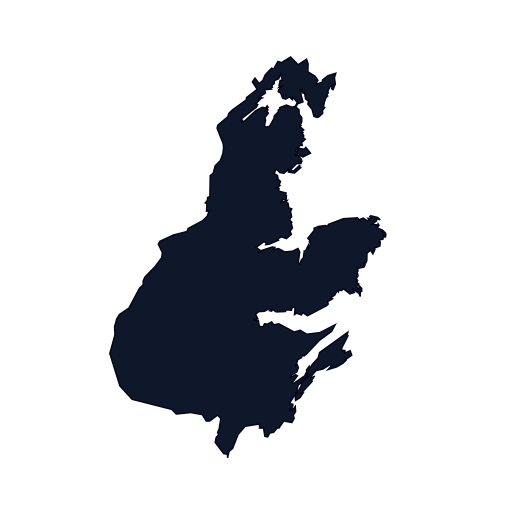 outline of Fusa nor, Hordaland, Norway, rotated 193°
{"feature_id": "86288312B62165724203406", "entity_name": "Fusa nor", "entity_type": "district", "adm_level": 2, "iso_a3": "NOR", "parent_name": "Norway", "parent_adm1": "Hordaland", "projection": "albers", "projection_center": [5.703, 60.194], "detail": "fine", "context": "isolated", "style": "filled", "palette": "ink", "viewbox_px": 512, "rotation_deg": 193, "n_neighbors": 0, "source": "geoboundaries", "source_scale": "gbopen_adm2", "svg_char_len": 6138}
<svg xmlns="http://www.w3.org/2000/svg" viewBox="0 0 512 512"><g transform="rotate(193 256 256)"><path d="M344.4,88.5L303.6,87.6L298.1,84.1L284.4,88.8L272.7,89.4L267.3,84.0L264.0,84.8L257.7,92.3L253.7,89.8L253.0,79.2L253.7,75.2L252.2,74.1L254.0,69.9L253.8,65.2L243.0,56.2L239.1,56.4L238.3,52.9L238.3,59.4L235.5,63.3L233.3,78.2L228.2,87.7L216.0,92.6L214.4,92.1L213.9,89.2L209.9,90.0L206.8,82.3L203.9,82.4L202.9,86.5L199.2,88.2L196.1,94.0L195.0,93.5L191.8,101.5L183.6,101.8L182.3,106.3L183.9,109.5L182.4,113.2L183.9,118.2L185.7,114.0L186.3,115.4L189.3,112.3L186.4,118.0L186.8,119.9L190.3,119.5L186.0,132.6L185.8,139.8L182.0,144.8L182.8,144.4L179.8,149.7L179.2,153.5L179.4,148.8L176.0,153.5L182.7,142.5L182.9,138.6L186.3,128.8L185.0,124.1L181.2,128.0L179.3,133.3L181.2,132.3L173.1,146.4L173.7,147.7L171.9,152.4L174.3,148.7L174.7,152.4L171.6,157.9L165.3,161.0L159.7,166.6L157.5,166.3L160.2,161.6L152.6,166.0L147.2,171.0L144.9,174.7L145.9,174.8L140.4,180.8L143.0,184.9L147.2,181.6L148.2,183.7L149.5,181.9L149.1,183.7L151.5,183.4L151.7,185.9L148.5,198.8L149.6,198.6L149.4,202.4L172.3,176.3L172.5,170.6L177.1,162.4L178.3,157.8L179.4,160.4L181.2,156.2L180.5,155.1L181.6,150.2L190.6,140.3L192.2,140.6L188.7,148.6L190.8,149.2L195.2,145.1L194.8,147.9L190.2,152.1L189.6,156.8L191.4,159.4L192.5,158.2L192.0,164.3L188.8,167.3L188.4,170.2L186.8,169.4L184.9,171.6L175.4,187.9L165.4,199.5L163.4,206.8L176.6,195.7L188.9,191.2L196.2,193.6L201.6,190.5L218.6,195.1L223.2,192.9L225.9,195.3L229.6,192.1L232.5,191.9L233.1,188.7L236.9,188.1L239.3,193.9L244.5,193.3L240.4,195.6L243.3,199.1L240.9,202.4L235.4,204.0L231.1,207.7L229.5,207.2L230.4,205.8L228.4,205.8L228.0,207.6L223.7,206.1L214.9,208.5L214.2,210.4L209.3,211.1L209.2,214.0L207.7,214.6L206.2,213.9L205.3,207.6L203.5,209.4L198.6,208.8L197.5,211.3L192.4,209.4L176.0,223.5L174.8,225.5L176.1,227.6L171.9,231.4L174.0,231.7L170.4,235.8L169.3,240.1L167.6,239.4L167.6,241.4L164.7,241.7L163.6,243.8L155.9,240.2L152.0,242.6L153.6,245.4L147.2,242.7L145.3,240.0L146.3,244.3L145.1,245.4L145.8,248.3L149.0,250.3L148.4,248.0L149.3,246.5L150.9,249.0L150.3,251.5L148.9,251.5L151.6,252.6L151.5,255.0L153.3,256.5L152.1,259.6L153.9,263.2L153.3,264.3L154.2,266.8L148.4,269.4L147.7,271.9L149.2,273.3L147.4,273.9L147.0,276.4L148.5,283.9L146.4,286.4L146.6,288.4L142.6,284.4L141.6,289.0L142.6,290.1L137.5,293.7L138.1,297.4L139.0,297.0L139.0,299.6L136.0,301.1L138.2,308.5L135.7,307.3L136.4,305.4L135.4,303.3L134.1,303.8L134.4,306.2L134.9,307.4L138.7,309.7L144.2,310.5L143.1,313.6L144.3,314.8L144.7,311.6L146.3,313.0L145.2,313.6L150.4,313.0L146.5,317.2L146.8,319.6L143.1,319.2L146.1,320.9L152.7,321.0L152.1,320.4L153.8,320.0L152.1,318.4L155.3,317.9L153.5,316.5L155.9,315.5L159.9,317.1L162.5,315.4L162.2,313.8L165.8,316.0L179.2,312.0L192.6,303.1L192.6,301.0L195.4,301.3L201.1,299.1L199.8,298.5L200.2,297.4L202.2,298.5L205.6,296.2L205.1,294.0L209.5,284.9L207.1,283.5L207.3,282.0L205.7,279.8L206.5,275.8L207.4,278.4L208.9,272.2L210.1,271.8L209.4,264.3L210.8,262.8L211.6,257.9L213.3,258.9L214.3,269.7L216.8,272.8L221.3,269.0L228.9,266.4L235.6,268.3L240.4,266.3L239.5,268.6L242.1,268.5L251.7,262.7L252.1,260.6L254.1,260.3L252.8,262.3L257.8,264.4L251.6,271.7L248.8,271.1L249.1,269.2L245.6,270.6L237.6,276.5L238.8,277.6L235.3,280.4L230.3,279.8L226.4,285.1L228.4,287.8L226.8,291.5L229.3,296.3L228.7,297.0L231.0,298.3L231.3,300.8L230.1,302.1L232.4,307.3L231.8,310.0L234.9,310.3L236.6,314.5L238.9,315.5L238.3,316.9L243.5,313.8L242.3,317.4L239.3,317.4L240.0,321.9L241.2,322.2L240.8,324.1L248.6,324.4L248.7,327.0L251.1,327.1L248.4,330.1L249.5,330.7L248.9,334.2L251.6,335.6L253.2,339.3L256.7,340.2L256.4,343.5L255.8,345.3L251.5,342.7L247.4,342.9L244.0,347.7L243.3,345.1L237.2,345.5L232.5,351.9L235.1,351.7L233.3,353.5L234.2,353.7L238.6,347.2L242.0,347.5L237.2,355.2L233.1,356.0L232.6,358.5L234.1,357.8L233.5,360.3L235.6,361.9L235.5,363.5L241.2,362.7L237.4,365.2L232.6,363.0L226.1,368.5L231.9,373.1L233.0,370.9L238.4,370.6L239.5,366.4L241.2,367.9L237.6,374.0L235.8,374.2L237.1,376.7L234.3,380.9L236.2,381.4L236.8,384.5L238.3,385.1L238.0,386.8L240.0,386.8L237.9,389.6L242.4,392.0L241.5,393.3L242.2,394.3L241.6,397.1L242.6,401.2L245.9,403.9L246.9,408.0L251.0,410.4L249.9,412.6L250.6,413.7L251.3,410.8L254.4,409.1L260.3,409.9L266.2,406.0L266.1,404.1L267.2,403.2L266.7,401.5L269.7,396.6L269.4,394.1L272.0,385.4L275.1,383.8L277.1,385.0L277.2,390.5L278.5,392.8L276.1,398.0L278.0,399.1L277.5,400.2L279.4,399.6L277.7,401.5L278.7,402.5L277.6,403.6L278.9,404.8L280.0,402.3L283.3,402.3L289.0,397.5L298.5,383.4L299.4,384.9L300.3,383.5L300.9,386.6L289.0,401.3L288.4,403.9L290.5,404.0L287.6,408.9L289.5,408.6L285.5,411.4L288.3,411.6L283.4,417.0L285.1,419.9L279.2,421.9L279.9,422.1L277.9,424.1L279.0,425.8L277.0,428.1L277.5,431.1L273.8,433.8L273.0,439.2L269.9,433.1L272.0,432.5L271.9,427.1L270.7,426.9L271.4,425.7L268.9,427.1L271.4,422.9L271.2,421.0L268.6,420.4L265.6,415.8L262.4,415.5L259.5,418.2L256.3,418.2L257.1,417.2L255.6,416.5L255.8,419.2L249.2,414.0L244.9,416.7L248.0,422.5L249.8,427.6L249.6,428.5L246.7,425.2L245.5,426.2L243.1,420.3L239.6,418.6L239.7,415.7L234.4,411.6L231.0,405.2L228.5,404.7L226.3,405.4L223.1,410.0L224.0,412.7L222.5,416.1L223.9,416.7L224.0,421.1L223.5,426.3L222.1,428.0L223.4,429.1L222.3,431.2L223.1,432.9L222.0,437.4L219.8,439.7L220.0,436.0L218.4,435.4L217.4,441.4L219.7,447.3L219.4,452.0L226.6,447.8L230.7,442.6L230.6,440.2L236.6,436.6L235.2,441.1L239.0,444.5L246.9,447.2L248.5,455.0L251.0,459.1L258.0,451.8L267.1,457.7L274.6,450.2L278.4,450.5L280.9,442.1L282.9,442.6L285.7,438.2L287.9,434.0L288.7,428.8L291.7,424.7L297.0,429.1L298.7,424.8L292.3,418.7L300.9,408.2L300.5,406.0L311.7,393.2L314.7,388.6L314.7,385.5L322.6,374.9L322.7,371.8L313.2,358.0L311.9,354.0L311.3,348.3L312.2,341.0L316.1,334.6L316.3,327.1L318.7,324.0L314.3,303.6L316.3,302.1L315.8,299.2L317.4,296.4L315.5,295.8L314.3,288.5L311.8,289.3L312.5,283.7L316.2,278.1L328.3,267.6L328.8,264.3L341.2,257.9L353.0,248.7L353.8,245.5L348.0,238.3L347.5,233.1L352.2,222.5L359.5,210.5L360.3,206.4L359.5,202.4L362.3,198.3L368.1,176.7L375.9,168.3L377.5,163.5L377.9,155.4L375.7,147.4L376.5,128.1L359.3,98.7L344.4,88.5Z" fill="#0f172a" stroke="#020617" stroke-width="1.5"/></g></svg>